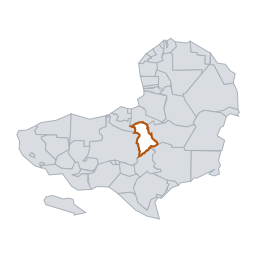 Africa, with Central African Republic highlighted, rotated 91°
{"feature_id": "CAF", "entity_name": "Central African Republic", "entity_type": "country or territory", "adm_level": 0, "iso_a3": "CAF", "parent_name": "Africa", "parent_adm1": "", "projection": "natural_earth1", "projection_center": [20.084, 6.633], "detail": "fine", "context": "in_parent", "style": "outline", "palette": "amber", "viewbox_px": 256, "rotation_deg": 91, "n_neighbors": 49, "source": "natural_earth", "source_scale": "50m", "svg_char_len": 13051}
<svg xmlns="http://www.w3.org/2000/svg" viewBox="0 0 256 256"><g transform="rotate(91 128 128)"><path d="M173.3,134.8L187.3,146.3L187.1,158.0L190.0,163.6L187.9,165.4L174.8,167.3L172.7,160.8L164.8,157.5L161.9,151.9L161.2,145.7L164.9,142.2L164.0,135.4L173.3,134.8Z" fill="#d9dde1" stroke="#a8b0b8" stroke-width="1"/><path d="M63.0,47.6L62.7,52.3L54.3,52.2L53.9,60.1L51.5,60.3L51.0,66.4L40.2,67.4L51.8,46.8L63.0,47.6Z" fill="#d9dde1" stroke="#a8b0b8" stroke-width="1"/><path d="M161.2,145.7L164.8,157.5L159.5,158.1L158.5,168.1L161.7,169.3L161.9,172.6L155.3,167.6L142.1,166.0L141.0,154.3L136.7,153.2L133.8,156.4L129.7,156.7L126.7,150.0L115.7,149.7L119.5,145.7L122.1,147.2L125.8,142.8L130.1,133.2L132.5,119.0L135.0,116.5L142.8,119.6L151.4,115.8L155.9,115.9L158.7,118.8L162.1,117.8L166.0,125.2L162.6,130.1L161.2,145.7Z" fill="#d9dde1" stroke="#a8b0b8" stroke-width="1"/><path d="M193.6,137.1L192.0,123.4L195.0,118.9L202.5,116.6L209.9,107.4L199.0,103.8L195.9,99.5L197.4,96.8L201.4,99.9L218.4,95.0L215.9,107.1L209.9,119.0L193.6,137.1Z" fill="#d9dde1" stroke="#a8b0b8" stroke-width="1"/><path d="M187.3,146.3L173.3,134.8L176.3,126.1L173.5,118.9L176.9,115.0L184.4,120.9L194.3,119.9L192.0,123.4L193.6,137.1L187.3,146.3Z" fill="#d9dde1" stroke="#a8b0b8" stroke-width="1"/><path d="M148.5,106.7L146.5,105.3L145.5,104.5L145.8,101.0L141.5,93.3L144.3,83.8L146.6,84.0L146.4,70.5L149.4,70.5L149.4,64.3L180.1,64.3L182.0,74.7L184.5,76.6L180.5,79.9L179.2,90.3L174.0,99.3L173.3,105.3L170.0,94.3L166.4,101.8L162.8,100.4L160.1,103.1L154.2,102.9L149.8,100.4L146.7,105.5L148.5,106.7Z" fill="#d9dde1" stroke="#a8b0b8" stroke-width="1"/><path d="M146.4,71.8L146.6,84.0L144.3,83.8L141.5,93.3L144.0,97.7L131.0,107.7L123.9,109.2L120.4,102.6L124.4,101.3L122.2,91.0L119.4,87.8L124.0,80.9L125.8,69.3L123.1,61.6L125.7,60.0L146.4,71.8Z" fill="#d9dde1" stroke="#a8b0b8" stroke-width="1"/><path d="M127.1,219.9L128.3,218.3L132.5,221.3L136.1,219.5L136.1,208.1L138.7,214.5L140.5,214.2L144.9,209.7L151.0,210.3L160.9,199.8L165.4,200.3L167.2,206.9L166.8,211.4L164.8,211.1L163.8,214.2L165.3,215.9L169.3,214.2L167.5,220.4L157.1,232.8L150.9,236.5L142.9,236.2L136.6,239.1L132.4,237.0L131.9,229.4L127.1,219.9ZM159.3,221.0L157.0,220.7L154.2,223.9L157.0,226.0L159.3,221.0Z" fill="#d9dde1" stroke="#a8b0b8" stroke-width="1"/><path d="M159.3,221.0L157.0,226.0L154.2,223.9L157.0,220.7L159.3,221.0Z" fill="#d9dde1" stroke="#a8b0b8" stroke-width="1"/><path d="M165.4,200.3L157.2,198.0L150.2,186.4L154.8,187.0L163.4,179.6L170.0,183.3L169.3,194.3L165.4,200.3Z" fill="#d9dde1" stroke="#a8b0b8" stroke-width="1"/><path d="M160.9,199.8L151.0,210.3L144.9,209.7L140.5,214.2L138.7,214.5L136.1,208.1L136.1,199.1L138.7,199.0L138.8,188.0L150.2,186.4L157.2,198.0L160.9,199.8Z" fill="#d9dde1" stroke="#a8b0b8" stroke-width="1"/><path d="M136.1,199.1L136.1,219.5L132.5,221.3L128.3,218.3L127.1,219.9L124.2,215.3L121.5,199.9L114.8,185.1L149.7,185.9L138.8,188.0L138.7,199.0L136.1,199.1Z" fill="#d9dde1" stroke="#a8b0b8" stroke-width="1"/><path d="M39.9,90.2L37.6,86.7L41.8,81.4L45.9,81.0L51.9,87.1L53.4,93.7L39.8,93.9L39.5,91.6L47.4,90.5L39.9,90.2Z" fill="#d9dde1" stroke="#a8b0b8" stroke-width="1"/><path d="M53.4,93.7L51.9,87.1L53.4,84.7L69.4,84.3L68.3,55.2L72.3,55.1L92.5,71.4L92.5,73.4L95.4,73.1L93.5,84.1L81.1,86.0L73.3,90.6L69.4,100.1L62.4,100.6L59.7,94.2L56.9,95.6L53.4,93.7Z" fill="#d9dde1" stroke="#a8b0b8" stroke-width="1"/><path d="M40.2,67.4L51.0,66.4L51.5,60.3L53.9,60.1L54.3,52.2L62.7,52.3L63.0,47.6L72.3,55.1L68.3,55.2L69.4,84.3L53.4,84.7L51.9,87.1L45.9,81.0L40.9,82.4L42.0,70.2L40.2,67.4Z" fill="#d9dde1" stroke="#a8b0b8" stroke-width="1"/><path d="M90.6,112.7L88.4,113.1L88.0,103.9L85.7,99.8L91.2,94.4L93.7,99.0L90.7,105.8L90.6,112.7Z" fill="#d9dde1" stroke="#a8b0b8" stroke-width="1"/><path d="M123.1,61.6L125.8,69.3L124.0,80.9L119.4,87.8L122.2,91.0L121.1,93.6L118.2,90.2L107.5,92.6L98.2,89.4L94.6,90.4L93.2,96.1L86.5,92.5L84.9,86.1L93.5,84.1L95.4,73.1L115.7,59.8L121.3,62.8L123.1,61.6Z" fill="#d9dde1" stroke="#a8b0b8" stroke-width="1"/><path d="M90.6,112.7L95.3,89.7L107.5,92.6L118.2,90.2L122.1,94.8L114.6,110.5L107.9,112.2L105.9,117.3L99.0,118.9L94.9,112.7L90.6,112.7Z" fill="#d9dde1" stroke="#a8b0b8" stroke-width="1"/><path d="M121.9,92.5L124.4,101.3L120.4,102.6L124.3,108.3L121.8,117.4L125.6,126.6L109.0,124.9L105.9,118.1L106.6,115.1L110.3,110.3L114.6,110.5L121.9,92.5Z" fill="#d9dde1" stroke="#a8b0b8" stroke-width="1"/><path d="M86.0,98.2L88.4,113.1L86.3,113.7L83.5,99.1L86.0,98.2Z" fill="#d9dde1" stroke="#a8b0b8" stroke-width="1"/><path d="M83.7,98.1L86.3,113.7L75.9,116.6L75.9,98.3L83.7,98.1Z" fill="#d9dde1" stroke="#a8b0b8" stroke-width="1"/><path d="M62.4,100.6L67.3,99.6L76.1,102.3L75.9,116.6L63.0,118.5L63.4,114.4L60.7,112.1L62.4,100.6Z" fill="#d9dde1" stroke="#a8b0b8" stroke-width="1"/><path d="M47.7,93.3L56.9,95.6L59.7,94.2L62.4,100.6L61.6,108.3L59.1,109.5L57.8,105.7L55.8,106.3L54.3,101.1L48.6,104.6L43.8,98.0L47.7,93.3Z" fill="#d9dde1" stroke="#a8b0b8" stroke-width="1"/><path d="M39.8,93.9L47.7,93.3L47.5,95.7L43.8,98.0L39.8,93.9Z" fill="#d9dde1" stroke="#a8b0b8" stroke-width="1"/><path d="M61.2,108.4L60.7,112.1L63.4,114.4L63.0,118.5L53.2,111.1L56.5,106.1L59.1,109.5L61.2,108.4Z" fill="#d9dde1" stroke="#a8b0b8" stroke-width="1"/><path d="M48.6,104.6L54.3,101.1L56.5,106.1L53.2,111.1L48.6,104.6Z" fill="#d9dde1" stroke="#a8b0b8" stroke-width="1"/><path d="M69.4,100.1L72.5,91.3L81.1,86.0L84.9,86.1L86.5,92.5L89.5,93.2L86.0,98.2L75.9,98.3L76.1,102.3L69.4,100.1Z" fill="#d9dde1" stroke="#a8b0b8" stroke-width="1"/><path d="M132.3,121.2L130.1,133.2L125.8,142.8L122.1,147.2L116.9,145.6L115.0,147.4L112.8,144.1L114.8,142.4L113.8,140.4L116.7,137.9L120.5,139.5L121.6,136.0L120.1,131.8L121.2,128.3L118.6,127.9L118.1,125.0L125.6,126.6L128.8,120.5L132.3,121.2Z" fill="#d9dde1" stroke="#a8b0b8" stroke-width="1"/><path d="M113.3,125.0L117.7,124.8L118.6,127.9L121.2,128.3L120.1,131.8L121.6,136.0L120.5,139.5L116.7,137.9L113.8,140.4L114.8,142.4L112.8,144.1L106.7,135.3L108.5,128.8L113.3,128.7L113.3,125.0Z" fill="#d9dde1" stroke="#a8b0b8" stroke-width="1"/><path d="M109.0,124.9L113.3,125.0L113.3,128.7L108.5,128.8L109.0,124.9Z" fill="#d9dde1" stroke="#a8b0b8" stroke-width="1"/><path d="M164.8,157.5L171.3,161.6L169.8,174.0L171.1,174.8L163.1,177.4L163.4,179.6L154.8,187.0L144.8,185.8L141.4,181.3L141.5,171.5L147.0,171.6L146.7,165.5L155.3,167.6L161.9,172.6L161.7,169.3L158.5,168.1L158.7,160.1L160.2,157.7L164.8,157.5Z" fill="#d9dde1" stroke="#a8b0b8" stroke-width="1"/><path d="M170.1,160.3L174.1,163.1L174.7,173.6L177.6,176.8L175.8,183.5L174.4,176.8L169.8,174.0L172.0,164.2L170.1,160.3Z" fill="#d9dde1" stroke="#a8b0b8" stroke-width="1"/><path d="M174.8,167.3L182.5,167.4L190.0,163.6L191.0,177.0L187.3,183.3L174.9,192.7L176.3,206.1L169.9,209.9L169.3,214.2L167.3,214.2L165.4,200.3L169.3,194.3L170.0,183.3L163.5,180.7L163.1,177.4L171.1,174.8L174.4,176.8L175.8,183.5L177.6,176.8L174.7,173.6L174.8,167.3Z" fill="#d9dde1" stroke="#a8b0b8" stroke-width="1"/><path d="M167.3,214.2L165.3,215.9L163.8,214.2L164.8,211.1L167.3,214.2Z" fill="#d9dde1" stroke="#a8b0b8" stroke-width="1"/><path d="M115.0,147.4L116.9,147.2L115.7,149.7L115.0,147.4ZM116.1,150.7L126.7,150.0L129.7,156.7L133.8,156.4L136.7,153.2L141.0,154.3L142.1,166.0L147.0,166.4L147.0,171.6L141.5,171.5L141.4,181.3L144.8,185.8L114.8,185.1L119.9,166.6L116.1,150.7Z" fill="#d9dde1" stroke="#a8b0b8" stroke-width="1"/><path d="M164.2,139.3L164.9,142.2L161.2,145.7L160.3,140.6L164.2,139.3Z" fill="#d9dde1" stroke="#a8b0b8" stroke-width="1"/><path d="M213.3,168.9L216.0,180.2L214.2,180.2L206.2,208.6L201.7,210.7L198.3,208.8L196.8,202.0L200.1,191.7L199.1,185.4L200.4,181.7L205.4,180.4L213.3,168.9Z" fill="#d9dde1" stroke="#a8b0b8" stroke-width="1"/><path d="M39.5,91.6L44.2,89.3L47.4,90.5L39.5,91.6Z" fill="#d9dde1" stroke="#a8b0b8" stroke-width="1"/><path d="M109.7,38.6L105.2,26.9L107.7,18.2L110.5,16.9L112.1,18.8L114.2,17.7L111.8,26.2L115.0,29.9L109.7,38.6Z" fill="#d9dde1" stroke="#a8b0b8" stroke-width="1"/><path d="M63.0,47.6L63.4,43.2L82.7,32.6L81.1,23.6L83.6,22.0L90.4,19.2L107.7,18.2L105.2,26.9L108.8,33.1L110.5,41.4L109.0,51.7L111.4,57.0L115.7,59.8L99.1,71.7L92.5,73.4L92.5,71.4L63.0,47.6Z" fill="#d9dde1" stroke="#a8b0b8" stroke-width="1"/><path d="M179.6,87.7L180.5,79.9L184.5,76.6L186.9,83.0L197.2,92.9L195.3,93.4L189.0,87.4L179.6,87.7Z" fill="#d9dde1" stroke="#a8b0b8" stroke-width="1"/><path d="M51.8,46.8L61.4,39.8L62.7,31.7L69.0,26.9L71.9,21.8L81.1,23.6L82.7,32.6L63.4,43.2L63.2,46.8L51.8,46.8Z" fill="#d9dde1" stroke="#a8b0b8" stroke-width="1"/><path d="M180.1,64.3L149.4,64.3L149.5,34.7L159.0,36.9L164.1,34.8L166.7,36.7L172.5,35.8L174.4,41.1L172.6,46.3L167.7,40.3L176.9,58.4L176.6,60.9L180.1,64.3Z" fill="#d9dde1" stroke="#a8b0b8" stroke-width="1"/><path d="M148.8,33.7L149.4,70.5L146.4,71.8L125.7,60.0L121.3,62.8L111.4,57.0L109.0,51.7L111.0,35.3L115.0,29.9L124.4,32.6L125.6,35.3L134.1,38.8L138.6,31.2L148.8,33.7Z" fill="#d9dde1" stroke="#a8b0b8" stroke-width="1"/><path d="M209.9,107.4L202.5,116.6L188.2,121.4L179.2,118.3L170.7,108.0L179.6,87.7L182.6,88.3L183.4,86.0L193.2,90.6L195.3,93.4L193.8,98.0L196.5,98.4L199.0,103.8L209.9,107.4Z" fill="#d9dde1" stroke="#a8b0b8" stroke-width="1"/><path d="M195.3,93.4L197.8,93.9L196.5,98.4L193.8,98.0L195.3,93.4Z" fill="#d9dde1" stroke="#a8b0b8" stroke-width="1"/><path d="M173.3,134.8L161.8,136.1L166.2,120.3L173.5,118.9L174.8,121.0L176.3,126.1L173.3,134.8Z" fill="#d9dde1" stroke="#a8b0b8" stroke-width="1"/><path d="M164.0,135.4L164.9,139.0L160.3,140.6L161.0,136.9L164.0,135.4Z" fill="#d9dde1" stroke="#a8b0b8" stroke-width="1"/><path d="M165.1,121.2L162.1,117.8L157.6,118.4L146.7,105.5L151.7,100.0L154.2,102.9L160.1,103.1L162.8,100.4L166.4,101.8L169.1,97.9L168.2,95.2L171.2,94.5L173.3,105.3L170.7,108.0L176.9,115.0L171.9,120.3L165.1,121.2Z" fill="#d9dde1" stroke="#a8b0b8" stroke-width="1"/><path d="M147.4,105.3L147.5,105.4L147.6,105.5L147.5,106.0L147.5,106.3L147.8,106.5L148.0,106.6L148.9,106.8L149.2,107.0L149.6,107.5L150.2,108.0L150.3,108.2L150.3,108.5L150.1,108.7L150.1,108.9L150.4,109.1L150.6,109.4L151.1,109.8L152.0,110.3L152.4,110.6L152.5,110.8L152.7,111.1L153.0,111.4L153.2,111.6L153.1,112.1L153.1,112.3L153.2,112.5L153.4,112.7L153.5,113.0L153.7,113.3L153.9,113.5L154.2,113.5L154.4,113.7L154.8,114.0L155.2,114.2L155.3,114.4L155.4,114.5L155.5,114.7L155.6,114.9L155.6,115.2L155.6,115.7L155.8,116.0L156.0,116.3L155.3,116.0L155.1,116.0L154.6,116.4L154.3,116.4L154.0,116.3L152.8,116.1L151.8,115.8L151.5,115.7L151.0,115.6L150.7,115.8L150.4,116.4L150.3,116.5L149.8,116.7L149.6,116.6L149.0,116.8L148.2,116.6L147.9,116.6L147.6,116.7L147.0,117.0L146.6,117.2L146.2,117.3L145.7,117.5L145.2,117.6L144.9,117.5L144.7,117.4L144.3,117.4L144.0,117.4L143.7,117.7L143.6,117.8L143.3,118.3L143.0,119.0L142.9,119.2L141.5,118.9L140.9,118.8L140.5,118.9L140.0,118.7L139.8,118.7L139.7,118.7L139.4,118.6L138.9,118.4L138.5,118.3L138.1,118.3L137.9,118.2L137.7,118.0L137.5,117.6L137.0,117.1L136.4,116.8L136.0,116.5L135.9,116.3L135.6,116.2L135.1,116.2L134.6,116.4L133.9,116.9L133.3,118.1L133.0,118.5L132.7,118.6L132.6,118.9L132.8,119.3L132.8,119.8L132.7,120.6L132.7,121.3L132.6,121.2L132.4,120.9L132.0,121.0L131.7,121.1L131.4,121.0L131.1,121.0L130.9,121.0L130.6,120.9L129.9,120.7L129.6,120.6L129.2,120.8L128.5,121.0L127.8,121.1L127.6,121.1L127.4,121.2L127.3,121.3L127.2,121.6L127.1,122.1L127.1,122.4L127.0,122.8L127.0,123.0L126.9,123.6L126.7,124.1L126.5,124.6L126.3,125.0L126.2,124.7L126.1,124.3L126.1,124.0L126.1,123.9L126.0,123.7L126.0,123.4L126.0,123.2L125.8,122.8L125.7,122.6L125.6,122.4L125.4,122.4L125.2,122.3L124.9,122.0L124.7,121.7L124.4,121.3L124.1,121.0L123.8,120.6L123.5,120.2L123.3,119.8L123.3,119.6L123.5,119.6L123.4,119.2L123.3,118.8L123.2,118.6L122.9,118.2L122.6,118.0L122.5,117.8L122.4,117.6L122.3,116.4L122.2,116.0L122.1,115.9L122.0,115.7L122.1,115.3L122.1,115.2L122.2,113.9L121.9,113.8L121.8,113.6L121.7,113.4L121.8,113.1L122.0,112.9L122.4,112.8L122.5,112.7L122.6,112.4L122.8,111.8L123.1,111.2L123.3,111.1L123.4,110.7L123.6,110.3L123.7,110.0L123.7,109.8L123.8,109.6L124.2,109.4L124.5,108.8L125.0,109.0L125.4,109.0L125.7,108.9L125.9,108.7L126.3,108.5L126.8,108.4L126.9,108.1L127.0,107.9L127.3,107.8L127.4,108.2L127.6,108.5L127.9,108.8L128.0,108.7L128.7,108.4L128.8,108.3L129.1,108.0L129.5,107.7L129.8,107.7L130.2,107.4L130.5,107.5L131.0,107.4L131.8,107.3L132.3,107.3L132.6,107.2L132.8,106.9L133.1,106.6L133.5,106.1L133.8,105.7L134.1,105.4L133.9,105.2L133.5,104.8L133.4,104.7L133.5,104.7L133.9,104.3L134.2,104.3L134.8,104.3L135.4,104.2L135.5,104.3L136.0,104.2L136.3,104.1L136.6,103.9L137.3,103.9L137.9,103.5L138.1,103.4L138.5,103.1L138.8,102.7L139.0,102.4L139.1,102.1L139.7,101.3L140.0,101.3L140.1,101.2L140.4,100.7L140.6,100.6L140.8,100.4L141.0,100.1L141.0,99.8L140.9,99.6L141.0,99.4L141.6,99.0L141.7,98.8L141.8,98.7L142.1,98.7L142.3,98.5L142.7,98.3L143.0,98.2L143.3,98.2L143.6,98.3L143.8,98.4L144.0,98.4L144.1,98.8L145.0,99.8L145.1,100.1L145.5,100.7L145.8,101.2L146.0,101.8L146.1,102.1L146.0,102.4L146.0,103.3L145.9,103.5L145.6,104.0L145.6,104.3L145.8,104.5L145.8,104.9L145.9,105.0L146.1,105.1L146.8,105.2L147.1,105.3L147.4,105.3Z" fill="none" stroke="#b45309" stroke-width="2"/></g></svg>